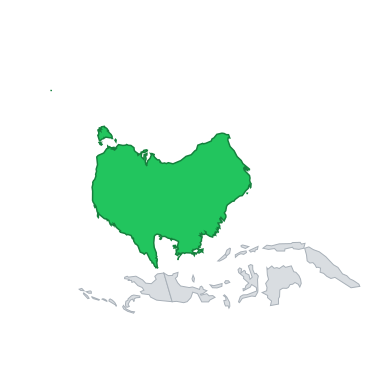 Australia highlighted, Robinson projection, rotated 164°
{"feature_id": "AUS", "entity_name": "Australia", "entity_type": "country or territory", "adm_level": 0, "iso_a3": "AUS", "parent_name": "Oceania", "parent_adm1": "", "projection": "robinson", "projection_center": [137.073, -32.4], "detail": "fine", "context": "with_neighbors", "style": "filled", "palette": "green", "viewbox_px": 384, "rotation_deg": 164, "n_neighbors": 4, "source": "natural_earth", "source_scale": "50m", "svg_char_len": 10115}
<svg xmlns="http://www.w3.org/2000/svg" viewBox="0 0 384 384"><g transform="rotate(164 192 192)"><path d="M241.3,92.0L255.8,97.8L260.8,102.4L261.4,105.1L268.1,108.0L269.1,110.4L265.3,110.9L266.2,113.9L269.8,116.9L272.4,121.8L274.7,121.7L274.5,123.7L277.6,124.5L276.4,125.3L280.7,127.3L280.2,128.6L277.5,128.9L276.6,127.7L269.1,126.5L263.7,121.1L261.6,117.1L256.3,115.1L250.5,117.9L251.0,121.2L247.8,122.8L241.4,121.9L241.3,92.0ZM286.7,95.0L289.8,98.3L290.3,100.7L289.1,101.9L287.4,97.5L283.3,94.0L280.3,92.7L281.5,91.6L286.7,95.0ZM282.9,106.9L278.6,109.0L276.4,109.0L270.8,106.4L271.2,105.0L274.8,105.7L277.0,105.3L277.6,103.1L278.2,103.0L278.6,105.4L280.9,105.1L284.3,101.9L283.9,99.2L286.3,99.1L287.1,99.9L287.0,102.4L285.6,105.2L283.5,105.6L282.9,106.9ZM296.8,104.6L301.9,110.1L301.3,111.3L300.2,111.8L298.4,110.0L296.7,107.1L295.9,103.6L296.4,103.2L296.8,104.6Z" fill="#d9dde1" stroke="#a8b0b8" stroke-width="1"/><path d="M241.3,92.0L241.4,121.9L237.8,118.1L233.7,117.2L232.7,118.5L227.6,118.6L229.3,114.9L231.8,113.6L230.8,108.7L228.9,104.8L221.0,100.9L217.7,100.6L211.6,96.3L210.4,98.5L208.9,98.9L208.0,97.3L208.0,95.3L204.9,93.0L209.2,91.4L212.1,91.5L211.8,90.3L205.8,90.2L204.2,87.5L200.6,86.7L198.9,84.4L204.4,83.3L206.4,81.8L212.9,83.7L214.7,92.8L218.9,95.5L222.3,90.7L226.9,87.9L230.5,87.9L236.9,91.1L241.3,92.0ZM176.6,120.8L177.1,123.1L174.5,126.5L171.1,127.6L170.6,127.0L172.7,122.7L176.6,120.8ZM213.9,111.7L213.5,108.2L215.0,105.0L215.9,106.4L215.9,108.6L213.9,111.7ZM147.9,61.2L145.6,65.3L148.5,69.6L147.8,71.7L152.3,76.0L147.5,76.5L146.2,79.6L146.4,83.8L142.5,86.9L142.4,91.5L140.9,98.5L140.3,96.9L135.7,98.9L134.1,96.1L131.2,95.9L129.2,94.4L124.4,96.0L122.9,93.8L116.9,93.6L116.2,87.4L114.2,86.1L112.3,82.2L111.7,78.2L112.2,74.0L114.6,70.9L115.3,74.0L118.0,76.6L120.6,75.6L123.2,76.0L125.6,73.7L127.5,73.3L131.3,74.5L134.6,73.6L136.7,67.2L138.3,65.6L139.7,60.4L147.9,61.2ZM194.3,92.9L198.7,94.3L200.2,97.8L196.8,95.9L188.3,95.7L189.3,93.1L194.3,92.9ZM184.2,97.5L181.4,96.6L180.6,94.7L184.7,94.4L185.7,96.0L184.2,97.5ZM188.5,70.2L188.7,72.7L191.1,73.1L191.5,74.9L191.3,78.9L189.2,78.5L188.6,81.3L190.3,83.7L189.1,84.2L187.5,81.3L186.3,75.5L187.1,71.8L188.5,70.2ZM163.1,75.5L172.9,75.9L176.9,72.6L177.6,73.6L174.3,78.2L171.3,79.0L167.4,78.1L157.1,79.0L156.5,82.5L160.2,86.6L162.3,84.5L169.9,82.9L169.6,85.0L167.8,84.4L166.0,87.1L162.5,88.8L166.3,94.7L165.6,96.3L169.3,101.6L169.2,104.6L167.1,105.9L165.5,104.3L167.4,100.6L163.5,102.3L162.5,101.1L163.0,99.3L160.1,96.6L160.3,92.1L157.6,93.5L158.2,105.4L155.7,106.1L153.9,104.8L155.0,100.5L154.4,96.1L152.7,96.1L151.4,92.9L153.1,89.9L155.7,79.4L156.5,77.5L160.0,74.1L163.1,75.5ZM157.9,127.1L152.5,123.9L156.2,123.0L159.8,125.8L159.6,127.0L157.9,127.1ZM162.0,119.2L164.7,118.9L168.3,117.2L167.7,119.7L161.7,121.0L156.3,120.5L156.3,118.8L159.5,117.8L162.0,119.2ZM149.6,118.4L152.1,118.0L153.1,120.0L143.5,121.5L144.9,118.8L147.1,118.8L148.1,117.2L149.6,118.4ZM110.1,109.5L110.6,111.2L118.4,111.6L119.2,109.7L126.7,111.9L128.3,114.9L134.3,115.7L139.3,118.4L134.7,120.2L130.3,118.3L122.4,118.1L111.0,115.1L109.3,115.7L101.9,113.8L101.2,111.8L97.5,111.5L100.2,107.1L105.1,107.4L110.1,109.5ZM93.2,85.1L93.9,88.3L95.3,90.8L98.3,91.2L100.3,94.1L99.3,99.8L99.2,106.9L94.8,107.0L91.3,103.2L86.1,99.4L81.2,92.9L76.1,83.1L72.5,79.3L69.9,71.8L66.3,68.9L64.2,65.0L61.2,62.4L57.0,57.4L56.7,55.0L65.5,56.1L78.1,70.5L82.3,70.6L85.6,73.7L87.9,77.5L91.0,79.6L89.4,83.4L91.7,85.0L93.2,85.1Z" fill="#d9dde1" stroke="#a8b0b8" stroke-width="1"/><path d="M176.6,120.8L177.1,119.8L180.6,118.7L184.6,118.0L186.2,118.6L177.1,123.1L176.6,120.8Z" fill="#d9dde1" stroke="#a8b0b8" stroke-width="1"/><path d="M326.2,128.1L327.3,129.7L324.5,129.7L323.0,126.8L326.2,128.1ZM324.5,124.1L323.9,124.9L321.0,120.9L320.2,118.2L321.5,118.2L324.5,124.1ZM321.2,125.3L317.1,125.0L316.3,124.3L316.6,122.4L319.2,123.2L321.2,125.3ZM316.4,116.8L317.5,119.2L310.7,114.1L311.3,113.6L316.4,116.8ZM304.0,110.3L308.0,113.8L307.1,114.0L305.4,113.0L303.8,111.1L304.0,110.3Z" fill="#d9dde1" stroke="#a8b0b8" stroke-width="1"/><path d="M249.9,134.9L249.7,136.5L250.8,138.0L252.2,145.8L253.0,146.3L255.1,145.3L255.8,146.5L258.3,148.5L258.8,155.2L260.1,157.4L260.7,157.6L261.5,160.9L261.1,163.8L262.3,165.1L262.5,167.0L265.4,168.9L266.6,168.8L267.8,170.6L271.8,173.0L272.3,173.9L271.5,174.4L274.5,178.9L275.4,182.9L275.8,182.6L276.4,183.4L276.6,181.6L278.7,183.4L279.0,182.5L279.5,183.5L279.8,187.5L281.0,189.0L283.6,190.6L287.7,196.6L287.7,197.7L288.6,199.0L288.2,204.6L289.8,209.4L289.9,211.4L287.3,220.1L286.7,224.1L285.1,226.9L284.7,228.7L283.4,230.1L282.1,230.8L279.9,233.9L279.8,235.5L278.1,238.1L277.8,240.4L275.3,244.2L273.9,251.9L272.1,253.0L266.1,253.8L262.1,257.1L259.7,257.4L260.1,258.2L260.6,257.9L260.3,259.3L259.5,258.0L258.6,258.2L258.1,257.1L256.7,256.5L257.2,255.9L257.0,255.2L256.3,255.2L255.0,256.4L254.1,255.6L254.9,255.6L255.7,254.5L254.8,253.6L252.9,254.7L253.9,255.0L249.6,257.8L245.6,255.8L242.9,255.3L241.8,255.7L240.2,254.4L237.9,253.6L235.6,250.6L236.0,248.0L235.5,246.6L232.6,243.0L233.8,243.2L233.8,242.1L230.9,243.3L229.6,243.2L230.9,240.5L230.8,239.3L229.3,236.6L227.8,241.0L224.7,241.5L225.2,240.0L226.6,240.0L227.0,236.5L228.7,233.9L228.4,232.1L228.9,231.7L228.1,229.3L228.2,230.4L226.0,234.1L223.0,235.9L220.9,238.8L221.2,240.3L220.5,239.8L220.0,240.1L218.0,238.5L218.3,238.0L219.2,238.5L218.3,235.6L216.4,232.4L214.8,232.0L214.0,230.1L214.5,230.0L214.5,229.2L212.3,227.6L210.5,227.5L208.8,226.4L206.7,226.7L202.5,224.3L194.1,225.3L187.9,227.9L182.5,228.0L178.1,230.7L176.1,231.3L173.5,235.4L168.3,235.8L167.9,235.2L165.4,235.0L159.5,235.7L158.1,237.5L156.0,238.0L152.2,240.6L147.0,240.3L145.0,239.4L143.2,237.7L141.1,237.0L140.8,233.6L142.2,234.2L143.3,232.1L142.9,225.2L140.2,220.1L138.9,213.6L136.0,208.7L135.3,205.3L131.7,200.0L132.3,200.3L132.3,199.5L133.3,201.7L134.3,201.5L134.4,200.7L132.4,197.9L132.6,197.3L133.7,198.4L133.8,199.8L134.3,199.2L134.9,200.6L135.3,201.0L135.8,200.5L135.7,198.5L132.2,192.0L132.4,189.4L133.4,187.3L133.4,185.0L132.9,183.8L134.2,180.3L134.6,180.1L134.7,183.1L135.6,182.4L136.9,180.0L139.8,178.5L144.6,174.7L147.4,175.0L152.7,172.9L154.0,171.7L155.9,171.9L161.5,169.9L162.8,168.6L164.7,164.7L166.7,163.0L165.9,160.5L166.3,158.6L169.1,155.4L171.5,160.3L171.6,158.1L172.6,158.5L172.7,157.6L171.2,155.6L171.7,155.3L171.6,154.4L172.1,154.3L172.6,155.1L173.3,154.6L176.3,155.2L174.8,154.7L175.7,152.8L175.2,153.3L174.7,152.3L174.9,151.1L175.4,151.1L175.9,150.1L177.4,150.8L177.4,150.2L176.7,150.2L176.4,149.5L177.2,148.8L178.5,149.3L177.8,147.5L179.4,146.4L179.5,145.4L179.7,146.6L180.3,146.4L180.6,147.1L181.1,146.5L181.2,144.1L182.1,145.0L182.6,144.3L183.3,145.0L184.6,143.0L186.9,144.4L189.9,147.7L189.4,150.3L189.7,149.8L190.1,150.2L189.8,149.0L191.4,147.8L193.3,148.3L194.0,149.5L194.2,148.2L195.6,149.4L195.6,148.1L196.5,148.0L195.5,147.2L195.9,146.8L194.6,146.0L195.9,144.1L196.4,142.3L198.1,141.0L197.7,139.4L198.6,138.2L199.5,138.0L199.5,137.0L200.5,137.6L200.5,136.7L202.2,135.4L202.8,136.3L206.1,135.9L206.7,136.4L207.1,135.7L207.9,135.6L207.7,133.5L204.3,131.9L204.9,131.3L205.6,131.9L206.4,131.5L207.8,132.8L208.9,132.3L209.8,133.7L214.7,135.3L216.0,135.0L217.2,136.0L218.0,136.1L220.8,134.3L219.9,136.0L221.1,135.9L221.4,137.0L222.2,137.0L222.2,135.7L223.3,134.9L224.9,136.7L223.3,138.7L223.5,139.7L223.0,140.7L222.3,140.3L220.8,141.0L220.9,143.9L218.7,147.7L218.9,148.4L222.3,151.4L223.9,151.9L224.3,152.9L225.1,152.8L227.9,154.4L230.1,156.7L233.1,157.5L234.1,159.5L237.2,161.2L239.1,160.8L240.4,159.9L242.8,153.7L243.6,149.1L243.1,143.3L243.8,140.8L243.6,139.4L244.9,138.5L243.9,137.3L244.0,136.7L244.7,135.0L245.1,135.3L245.9,130.2L247.1,129.1L247.7,129.3L247.5,129.9L248.4,131.0L248.7,134.2L249.9,134.9ZM253.8,266.2L255.9,266.7L259.7,268.5L261.2,268.1L261.6,268.5L262.2,267.7L263.9,267.7L265.9,266.7L266.8,267.1L266.9,273.2L266.5,272.1L265.7,273.4L265.2,275.2L265.4,277.5L264.6,277.8L264.2,276.9L264.8,276.5L263.9,276.1L263.5,276.9L262.9,275.8L262.7,277.8L261.8,277.5L262.0,278.0L261.2,279.6L258.2,279.3L258.1,278.5L258.8,278.2L257.6,278.1L256.3,276.4L255.3,273.3L256.3,274.5L256.5,273.9L255.8,272.9L255.5,273.1L255.5,272.3L253.9,269.5L253.5,267.6L253.8,266.2ZM199.5,132.2L202.1,131.4L203.2,132.5L200.8,134.7L199.0,133.3L198.5,131.4L199.5,132.2ZM227.4,243.7L228.7,243.7L229.4,244.3L227.7,244.5L226.8,245.3L224.2,245.1L223.4,244.4L223.8,243.8L226.4,243.1L227.4,243.2L227.4,243.7ZM224.0,143.3L224.7,143.2L224.1,144.6L224.9,145.1L224.7,145.6L222.5,145.2L222.8,143.6L223.7,142.7L224.0,143.3ZM288.3,198.0L287.9,197.1L288.2,195.5L289.0,194.6L288.7,193.7L289.1,193.3L289.5,194.9L288.3,198.0ZM266.2,262.1L267.3,263.1L267.3,264.0L266.5,264.4L265.3,262.6L266.2,262.1ZM198.2,132.0L199.4,134.2L197.2,134.1L198.2,132.0ZM251.0,263.7L250.6,262.8L251.3,261.3L251.8,263.0L251.0,263.7ZM235.9,155.7L234.8,156.4L233.7,156.8L234.3,155.5L235.5,155.2L235.9,155.7ZM131.7,199.4L130.7,198.2L130.6,197.0L131.7,199.4ZM267.3,264.6L267.8,265.2L267.5,265.4L266.1,264.9L267.3,264.6ZM280.5,187.9L281.3,187.9L281.3,189.0L280.5,187.9ZM262.1,163.6L262.3,164.4L262.2,164.8L261.4,163.7L262.1,163.6ZM262.8,278.0L262.8,279.0L262.1,278.7L262.8,278.0ZM289.8,205.7L289.4,207.0L289.4,205.6L289.8,205.7ZM207.4,131.9L207.0,130.7L207.3,130.3L207.5,131.3L207.4,131.9ZM224.1,131.4L223.2,132.5L224.2,130.5L224.1,131.4ZM289.4,205.2L289.2,204.4L289.4,203.9L289.6,203.9L289.4,205.2ZM225.5,152.4L224.9,152.1L225.2,151.5L225.4,151.8L225.5,152.4ZM222.2,143.3L221.6,143.4L222.0,142.7L222.2,143.3ZM139.6,174.8L139.4,175.7L139.1,175.6L139.6,174.8ZM246.3,129.1L246.0,129.4L245.8,128.8L246.0,128.6L246.3,129.1ZM257.0,255.7L256.4,256.0L256.2,255.9L256.3,255.5L257.0,255.7ZM299.5,328.2L299.1,329.0L299.6,327.8L299.5,328.2ZM223.0,132.8L221.8,133.6L223.0,132.6L223.0,132.8ZM177.8,146.4L177.4,146.9L177.7,146.3L177.8,146.4ZM263.3,277.9L262.9,277.5L263.1,277.1L263.2,277.3L263.3,277.9ZM235.4,158.4L234.7,158.4L235.1,157.9L235.4,158.4ZM175.5,150.4L175.2,150.7L175.2,150.0L175.5,150.4ZM256.0,256.2L256.5,256.6L255.6,256.5L256.0,256.2ZM276.3,181.5L276.0,181.5L276.2,181.1L276.3,181.5ZM254.1,265.5L253.9,265.9L253.8,265.4L254.1,265.5Z" fill="#22c55e" stroke="#15803d" stroke-width="1.5"/></g></svg>